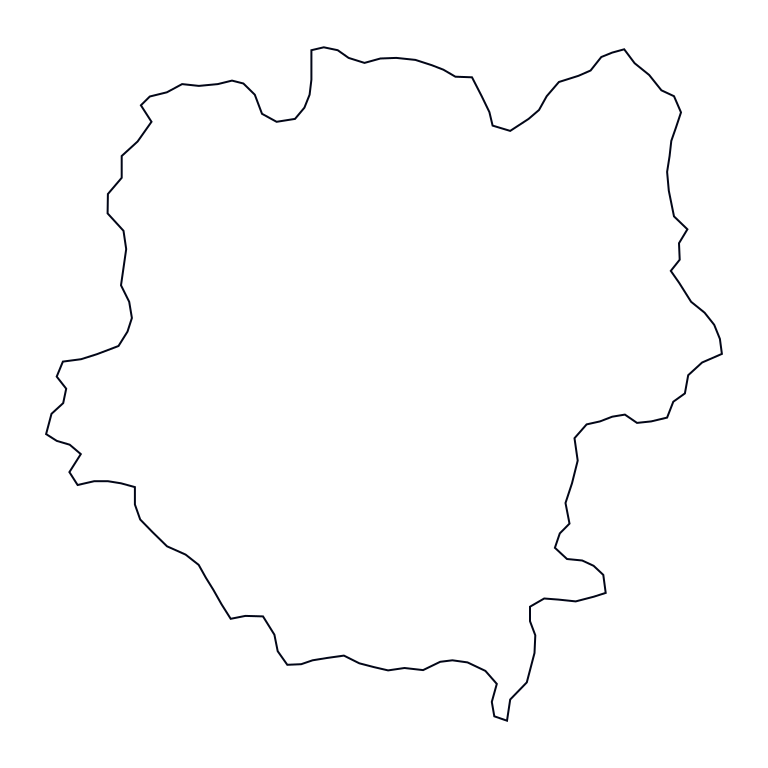 Senhora de Oliveira, Minas Gerais, Brazil
{"feature_id": "56859067B26008984255683", "entity_name": "Senhora de Oliveira", "entity_type": "district", "adm_level": 2, "iso_a3": "BRA", "parent_name": "Brazil", "parent_adm1": "Minas Gerais", "projection": "natural_earth1", "projection_center": [-43.346, -20.808], "detail": "fine", "context": "isolated", "style": "outline", "palette": "ink", "viewbox_px": 768, "rotation_deg": 0, "n_neighbors": 0, "source": "geoboundaries", "source_scale": "gbopen_adm2", "svg_char_len": 1975}
<svg xmlns="http://www.w3.org/2000/svg" viewBox="0 0 768 768"><path d="M721.9,353.9L719.9,338.9L714.2,324.8L704.6,312.7L691.1,301.8L679.2,282.9L670.8,270.9L679.7,259.7L679.0,243.2L687.4,229.3L674.0,216.4L668.8,190.7L667.1,171.9L669.6,156.0L671.3,140.9L675.8,128.0L681.0,112.4L674.0,96.2L661.4,90.3L649.2,75.0L634.6,63.2L624.2,49.3L612.2,52.6L601.3,57.0L590.6,70.5L578.5,75.8L558.9,82.0L546.7,96.2L539.0,110.0L528.6,118.9L510.2,130.9L492.6,125.6L489.4,112.1L481.7,96.2L472.0,77.3L455.4,76.7L443.4,69.7L431.8,65.2L415.4,59.9L396.3,57.9L380.4,58.5L364.5,62.9L348.6,57.9L337.7,50.2L323.8,47.3L311.4,50.2L311.4,79.7L309.6,94.7L304.4,107.7L295.0,118.9L276.6,121.8L262.0,113.8L254.8,94.7L243.4,83.5L232.0,80.6L217.8,84.1L198.9,85.9L182.1,84.1L166.9,92.3L149.8,96.5L140.9,105.3L151.5,121.8L137.6,141.5L121.7,156.0L121.7,177.8L107.9,194.0L107.6,213.4L123.5,230.8L126.2,249.1L123.5,267.9L121.0,285.3L129.2,301.8L131.9,318.0L127.5,331.6L118.5,346.0L96.9,354.2L81.1,359.2L62.9,361.6L56.7,376.6L66.2,388.7L63.2,403.1L51.5,413.8L46.1,434.1L56.8,440.9L69.7,444.7L80.8,454.1L69.4,472.1L77.6,485.0L94.2,481.2L107.9,481.2L121.0,483.3L134.9,487.1L134.9,504.5L140.2,519.5L152.3,531.9L167.0,546.3L185.6,554.6L198.7,564.9L205.9,577.8L213.4,589.9L221.6,604.4L230.7,618.8L245.4,615.9L263.0,616.4L274.4,634.7L277.7,651.2L287.3,664.8L301.2,664.2L312.6,660.3L326.8,658.0L343.9,655.6L359.3,663.3L373.9,667.1L388.1,670.4L404.5,668.0L423.1,670.1L440.2,661.8L452.4,660.3L467.5,662.4L485.4,670.9L496.8,683.9L491.8,701.9L494.3,716.3L507.0,720.7L510.2,699.5L526.8,682.4L534.5,653.0L535.3,635.3L530.0,621.2L530.0,606.7L544.2,598.5L558.6,599.6L575.7,601.4L593.8,596.7L605.7,592.9L603.3,574.9L593.6,565.8L582.2,560.5L567.0,559.0L554.9,547.8L559.8,533.4L569.5,523.6L565.5,503.0L572.0,483.3L577.7,460.6L574.5,438.2L586.6,424.4L600.0,421.4L612.2,416.7L624.9,414.6L637.0,422.9L651.2,421.4L667.1,417.6L673.3,401.7L684.9,393.4L688.2,375.2L702.1,362.5L721.9,353.9Z" fill="none" stroke="#020617" stroke-width="2"/></svg>